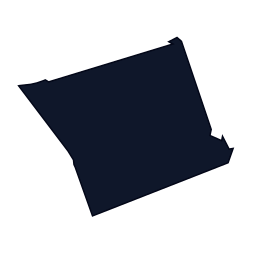 Pendleton, Kentucky, United States of America, rotated 259°
{"feature_id": "52423323B89577373709279", "entity_name": "Pendleton", "entity_type": "district", "adm_level": 2, "iso_a3": "USA", "parent_name": "United States of America", "parent_adm1": "Kentucky", "projection": "robinson", "projection_center": [-84.341, 38.702], "detail": "fine", "context": "isolated", "style": "filled", "palette": "ink", "viewbox_px": 256, "rotation_deg": 259, "n_neighbors": 0, "source": "geoboundaries", "source_scale": "gbopen_adm2", "svg_char_len": 439}
<svg xmlns="http://www.w3.org/2000/svg" viewBox="0 0 256 256"><g transform="rotate(259 128 128)"><path d="M48.5,76.4L74.8,219.6L87.9,227.3L88.0,223.2L101.8,219.2L97.7,217.5L105.0,207.0L110.7,209.4L202.9,197.0L207.5,193.4L204.9,184.5L201.9,188.1L188.4,58.9L191.0,56.0L190.6,54.2L189.6,47.2L189.4,40.9L190.3,29.9L190.3,28.7L116.9,64.7L107.1,68.4L102.4,68.0L99.6,68.7L48.5,76.4Z" fill="#0f172a" stroke="#020617" stroke-width="1.5"/></g></svg>